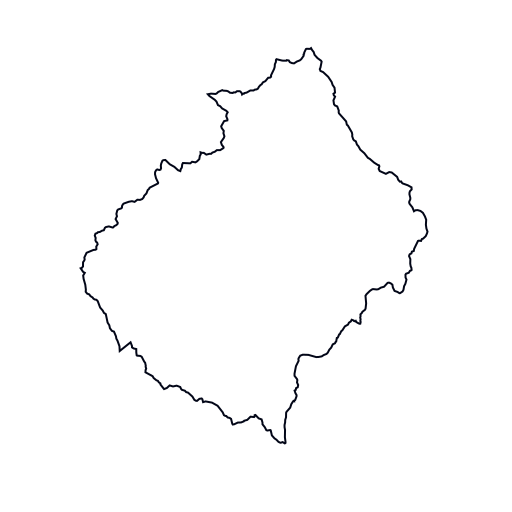 Daniel Alcides Carrion, Pasco, Peru, rotated 346°
{"feature_id": "86281439B88138122201247", "entity_name": "Daniel Alcides Carrion", "entity_type": "district", "adm_level": 2, "iso_a3": "PER", "parent_name": "Peru", "parent_adm1": "Pasco", "projection": "natural_earth1", "projection_center": [-76.463, -10.516], "detail": "fine", "context": "isolated", "style": "outline", "palette": "ink", "viewbox_px": 512, "rotation_deg": 346, "n_neighbors": 0, "source": "geoboundaries", "source_scale": "gbopen_adm2", "svg_char_len": 6046}
<svg xmlns="http://www.w3.org/2000/svg" viewBox="0 0 512 512"><g transform="rotate(346 256 256)"><path d="M248.4,87.4L249.5,89.5L253.8,94.5L255.0,96.6L255.6,100.4L257.5,102.0L258.8,104.6L262.3,107.9L263.3,109.7L261.8,111.3L260.9,113.2L261.4,116.5L261.0,117.5L257.7,117.4L253.6,121.7L253.7,123.6L255.0,126.8L254.1,129.0L254.3,132.2L253.3,133.7L249.5,137.0L249.7,139.9L250.8,142.2L250.8,143.0L250.5,143.4L246.9,144.6L243.6,143.8L241.2,144.9L238.7,145.1L237.2,146.0L235.6,145.6L232.3,145.6L230.3,143.3L228.6,142.9L227.3,142.0L226.9,144.1L225.8,145.1L224.4,148.3L221.7,149.9L219.9,150.5L216.8,149.1L214.7,150.2L207.6,148.1L206.6,149.2L205.4,152.3L204.2,153.3L203.1,155.3L201.1,153.9L198.4,149.8L194.5,146.1L191.3,140.9L189.2,140.6L188.3,140.9L186.4,143.4L185.5,145.3L185.1,147.9L184.2,149.1L183.0,149.2L181.1,148.1L179.7,148.7L178.4,150.2L177.8,152.2L177.8,156.3L178.8,161.3L178.4,161.9L169.3,164.0L168.6,164.9L166.9,165.8L164.8,168.8L162.1,170.5L161.1,172.0L159.4,173.2L157.0,173.5L154.5,172.7L151.3,174.1L148.9,172.8L145.7,172.6L140.5,173.1L139.3,173.7L138.1,175.1L137.6,176.7L136.7,177.2L133.5,177.5L132.4,178.2L130.7,181.4L130.7,183.8L128.7,186.2L129.9,190.5L129.3,191.5L127.8,192.3L125.8,192.7L124.4,193.7L123.8,193.7L120.4,191.7L117.4,191.6L116.2,192.1L114.6,194.2L112.7,194.2L110.3,194.9L108.3,194.7L107.4,195.3L105.6,195.5L104.5,197.2L104.8,199.7L104.0,201.8L104.2,203.4L105.1,204.5L105.2,206.3L103.3,208.2L102.8,210.7L101.9,211.1L99.7,210.8L92.4,211.9L89.1,215.9L88.9,217.9L88.3,218.8L86.7,220.2L85.6,224.3L84.1,225.4L82.9,225.5L84.4,229.6L85.8,230.9L83.6,233.1L83.2,236.5L83.4,242.6L82.8,247.4L82.1,249.5L83.1,251.7L84.9,252.9L85.7,254.9L87.4,256.7L87.9,258.0L88.9,259.1L90.6,259.9L91.5,261.5L92.3,268.3L94.1,271.9L94.7,274.4L96.2,276.0L95.9,284.7L96.9,287.7L96.8,290.8L98.1,293.8L99.9,295.0L100.7,300.1L100.5,302.4L101.1,304.6L101.7,310.5L100.8,315.2L113.4,309.4L113.9,313.3L113.6,314.7L114.9,316.1L117.3,317.3L116.5,320.7L116.2,323.5L116.5,323.9L119.6,325.0L120.7,326.1L122.0,331.5L122.6,332.7L122.5,335.8L122.1,336.8L122.2,338.7L121.3,339.9L120.6,342.1L126.6,347.6L127.2,349.7L129.3,352.5L130.6,353.4L131.1,355.0L132.4,356.5L132.2,357.6L134.6,362.9L137.6,362.5L140.9,360.7L143.9,362.5L147.5,362.6L148.2,363.0L150.8,364.8L151.1,366.7L151.7,367.9L154.4,369.5L155.3,371.2L157.0,372.1L160.3,377.0L161.4,380.7L162.8,382.0L163.8,382.3L166.5,380.9L168.8,381.1L169.3,382.0L169.3,385.0L171.9,384.9L177.8,387.6L182.5,392.0L185.9,399.7L186.4,402.7L187.5,403.7L188.5,404.1L189.4,405.8L191.2,406.7L192.4,408.0L192.4,412.9L192.7,413.9L194.1,414.0L198.2,413.2L201.1,413.9L204.2,413.5L204.6,413.0L207.9,412.9L211.8,410.6L215.2,411.8L215.7,411.5L216.2,410.1L217.0,410.1L219.3,414.2L221.9,415.9L222.0,419.1L221.6,420.9L223.1,424.2L223.9,427.5L224.8,428.1L227.7,428.3L228.1,428.7L228.0,433.9L229.8,437.4L231.4,439.2L232.8,441.7L233.8,442.6L234.8,443.2L236.8,443.0L238.6,444.8L239.3,444.6L239.6,443.9L240.2,438.8L242.1,431.8L242.3,429.0L242.8,426.9L244.0,424.5L244.7,422.1L246.1,419.8L247.3,415.4L248.0,414.5L252.5,411.4L254.4,408.3L256.4,406.4L257.3,405.7L257.9,406.1L258.0,405.6L259.2,405.2L261.4,401.9L261.7,400.8L261.1,398.7L260.9,395.9L262.2,395.5L262.9,393.9L264.7,393.5L265.7,391.4L265.2,388.6L266.1,386.4L266.0,385.3L264.4,381.6L264.9,379.5L268.1,372.6L272.0,368.0L272.2,366.2L272.9,365.2L274.8,363.4L277.6,363.1L282.9,364.6L289.9,368.6L292.1,369.1L295.5,369.3L297.7,368.5L300.7,368.1L302.2,367.2L304.5,364.6L306.8,363.1L309.1,360.3L311.5,359.8L312.5,358.6L313.1,358.4L314.6,355.1L315.3,355.1L316.0,354.5L317.7,352.2L318.4,352.1L320.5,349.6L321.8,349.0L325.2,345.8L328.7,344.8L330.0,343.2L332.2,342.4L333.4,341.0L335.2,342.2L335.3,342.7L336.6,343.5L337.1,343.2L337.3,344.2L338.3,345.3L339.9,346.7L340.8,346.9L341.6,345.3L341.5,344.3L342.2,342.6L342.2,341.0L342.9,339.7L343.2,337.9L345.0,336.8L345.7,335.9L348.8,334.5L349.6,333.5L351.4,328.7L352.6,321.1L354.0,319.8L358.1,317.4L360.5,316.5L361.5,316.4L365.1,317.7L366.7,317.8L369.5,316.9L372.8,316.8L377.2,313.9L378.6,314.0L380.1,315.1L381.4,316.8L381.2,319.7L382.0,323.4L384.6,325.1L386.2,326.8L386.8,326.9L389.6,325.9L390.9,324.5L392.4,321.1L394.2,319.1L396.3,315.3L395.9,313.1L396.5,310.3L397.3,309.5L400.2,309.2L401.8,307.6L402.8,307.6L403.6,307.2L403.9,305.0L403.6,303.5L403.8,300.7L405.0,296.4L404.5,293.1L405.0,292.2L405.6,291.5L407.4,291.1L408.3,289.5L410.3,289.3L411.2,287.3L416.8,280.6L417.7,280.5L419.8,281.3L421.0,279.7L422.3,279.6L425.5,277.8L427.4,275.4L428.3,273.8L428.0,270.6L428.4,266.8L429.9,262.0L429.5,258.5L428.4,254.5L426.5,252.1L424.0,250.6L421.8,250.2L420.1,250.8L419.5,246.6L417.7,242.7L417.5,241.4L417.9,240.2L419.3,238.5L419.8,237.1L419.8,233.3L420.2,231.8L421.0,230.4L423.1,229.1L423.5,227.0L420.4,224.1L415.9,221.1L415.3,220.3L414.9,218.8L413.6,218.7L412.4,216.4L412.1,213.4L407.9,207.8L405.6,206.8L401.9,207.7L396.6,203.5L396.1,201.1L397.4,198.8L397.3,197.8L396.2,197.1L393.3,194.1L389.9,189.3L388.3,187.8L386.0,182.5L382.9,178.0L381.9,174.2L380.9,172.3L380.6,168.9L379.2,167.6L378.6,166.4L378.3,163.0L378.8,161.6L378.9,159.3L376.7,151.6L375.9,150.6L376.0,147.2L371.0,137.6L371.0,136.4L371.5,135.0L371.0,130.5L369.0,129.0L368.4,127.6L368.8,123.7L371.3,120.5L370.4,118.9L370.4,117.3L372.2,116.6L372.9,111.7L371.7,108.5L371.5,105.5L369.4,99.6L365.6,93.8L363.3,92.0L363.1,90.1L364.1,88.8L366.7,83.3L366.4,82.3L363.5,78.8L361.5,75.0L361.3,72.0L360.2,69.6L359.7,67.6L358.6,68.1L355.2,67.2L354.5,67.3L352.0,70.3L351.6,71.5L350.9,71.9L350.7,73.2L347.5,76.0L345.8,76.8L342.7,77.2L339.5,78.3L337.5,77.5L335.7,76.1L335.1,74.2L333.2,73.4L332.7,73.8L328.8,72.8L323.5,70.0L322.8,70.6L322.2,72.6L320.7,74.5L319.9,77.0L318.8,78.9L314.3,84.3L314.0,85.7L312.8,86.3L310.9,86.0L307.4,88.6L304.7,89.2L303.0,90.8L301.7,91.2L299.8,92.5L298.3,94.1L296.9,94.5L295.0,94.3L293.7,94.8L290.6,94.0L286.4,95.2L284.1,95.1L283.6,95.6L282.6,95.4L281.6,95.9L281.6,94.8L280.7,92.7L279.9,92.1L277.3,91.5L275.6,92.3L273.7,91.8L272.9,92.2L270.3,91.3L268.9,89.6L267.6,88.7L264.2,87.6L263.4,86.9L259.0,87.7L257.3,88.7L256.0,89.0L251.7,87.6L248.4,87.4Z" fill="none" stroke="#020617" stroke-width="2"/></g></svg>